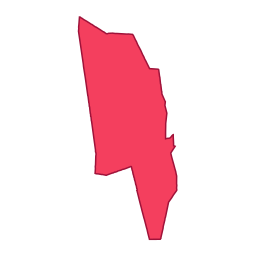 the district of Senahú, Alta Verapaz, Guatemala, rotated 269°
{"feature_id": "79465075B39749576611846", "entity_name": "Senahú", "entity_type": "district", "adm_level": 2, "iso_a3": "GTM", "parent_name": "Guatemala", "parent_adm1": "Alta Verapaz", "projection": "orthographic", "projection_center": [-89.866, 15.422], "detail": "fine", "context": "isolated", "style": "filled", "palette": "rose", "viewbox_px": 256, "rotation_deg": 269, "n_neighbors": 0, "source": "geoboundaries", "source_scale": "gbopen_adm2", "svg_char_len": 2293}
<svg xmlns="http://www.w3.org/2000/svg" viewBox="0 0 256 256"><g transform="rotate(269 128 128)"><path d="M104.7,95.1L104.2,95.4L102.4,95.6L100.3,95.3L91.8,94.9L90.0,94.6L88.1,94.7L83.2,94.3L82.8,95.4L82.6,97.6L81.9,101.1L82.0,101.4L81.1,105.4L81.7,107.0L83.2,111.4L83.4,112.6L84.1,113.8L84.1,114.6L84.6,116.2L85.2,117.2L86.0,120.3L86.6,121.5L87.1,123.8L89.3,129.8L89.4,130.1L89.5,130.3L89.3,130.7L85.8,131.4L84.9,131.8L81.7,132.3L81.4,132.5L78.2,133.2L77.8,133.5L76.3,133.6L74.1,134.3L71.6,134.7L70.9,134.9L70.5,135.2L67.3,135.7L66.9,136.0L65.9,136.1L65.5,135.7L65.1,135.9L53.4,138.6L47.2,140.1L46.2,140.3L40.9,141.6L37.6,142.4L36.7,142.7L27.9,144.8L26.1,145.3L22.6,146.0L22.2,146.1L18.4,147.0L17.7,147.2L16.3,147.5L16.2,158.3L17.2,159.0L17.9,159.0L27.1,161.3L28.9,161.5L35.3,163.2L37.3,163.5L38.2,163.9L53.2,167.3L57.5,170.5L60.2,172.2L64.7,175.6L65.6,175.7L67.0,175.5L69.9,175.8L71.3,175.6L79.0,175.8L79.7,175.7L81.4,175.3L83.8,174.9L85.9,174.3L88.7,173.6L91.5,172.9L94.5,172.1L98.1,171.2L102.2,170.3L103.7,171.3L106.4,173.1L107.7,174.0L108.9,174.8L109.4,173.6L109.4,173.3L111.9,173.3L114.8,173.2L117.9,173.1L120.5,173.1L120.4,172.8L120.1,172.5L119.8,172.1L119.3,171.6L118.9,171.3L118.4,170.9L117.8,170.4L117.4,169.9L117.2,169.5L117.1,169.3L117.0,168.5L117.0,167.6L116.9,167.0L116.8,166.6L116.7,165.7L116.6,165.4L117.5,165.4L123.2,165.5L128.6,165.7L132.0,165.8L136.5,166.4L142.1,167.1L145.2,166.4L149.9,165.3L153.6,165.8L154.1,165.5L160.9,162.7L161.4,162.5L163.9,162.4L164.3,162.2L171.1,161.5L171.4,161.3L178.4,160.7L178.7,160.5L185.8,159.7L186.1,159.5L186.3,158.7L187.0,150.6L192.5,148.0L195.5,146.6L196.2,146.1L198.8,145.1L201.1,143.9L205.6,142.0L211.2,139.1L214.3,137.9L216.1,136.9L220.4,135.0L221.5,134.2L222.0,129.9L221.9,128.7L222.7,118.5L222.7,117.0L223.1,114.3L223.0,110.0L222.6,109.2L222.7,107.8L224.6,105.4L224.6,105.0L226.9,101.7L229.6,97.6L229.6,97.2L232.2,93.7L232.5,92.9L234.6,89.9L234.8,89.3L235.2,89.0L237.2,85.6L238.4,84.1L238.8,83.2L239.7,82.2L239.8,81.4L232.2,80.7L229.8,80.4L228.6,80.5L225.6,80.2L192.9,84.4L190.3,84.6L178.9,86.2L160.9,88.4L160.5,88.6L153.8,89.3L153.4,89.5L150.3,89.7L149.7,90.0L146.9,90.2L143.0,90.6L142.7,90.8L140.2,90.9L139.8,91.2L135.8,91.5L135.4,91.7L118.3,93.7L106.7,95.1L104.7,95.1Z" fill="#f43f5e" stroke="#9f1239" stroke-width="1.5"/></g></svg>